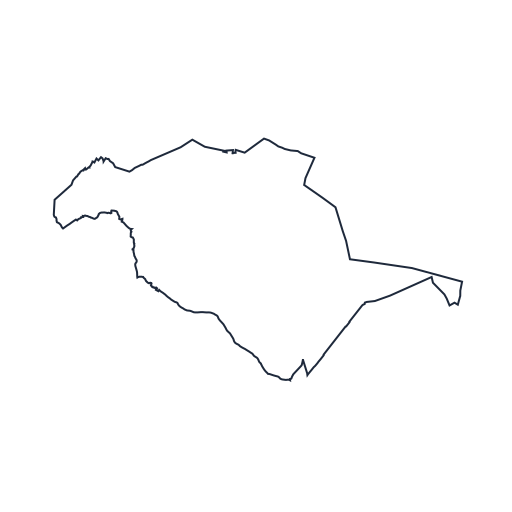 Tepetlixpa, Morelos, Mexico, rotated 100°
{"feature_id": "50627088B54138403616253", "entity_name": "Tepetlixpa", "entity_type": "district", "adm_level": 2, "iso_a3": "MEX", "parent_name": "Mexico", "parent_adm1": "Morelos", "projection": "albers", "projection_center": [-98.833, 19.014], "detail": "fine", "context": "isolated", "style": "outline", "palette": "slate", "viewbox_px": 512, "rotation_deg": 100, "n_neighbors": 0, "source": "geoboundaries", "source_scale": "gbopen_adm2", "svg_char_len": 6071}
<svg xmlns="http://www.w3.org/2000/svg" viewBox="0 0 512 512"><g transform="rotate(100 256 256)"><path d="M149.1,215.5L147.0,229.4L145.4,233.1L146.0,240.1L145.6,246.3L144.8,249.1L144.2,253.1L142.9,255.8L139.9,263.2L139.0,268.5L145.2,274.5L156.2,285.1L155.0,294.4L156.5,294.4L157.9,294.0L158.5,296.3L158.9,296.6L158.9,296.9L155.7,297.1L157.3,303.4L159.1,302.9L158.9,306.4L158.6,306.4L157.9,305.7L157.3,325.4L152.5,338.9L162.0,349.1L179.8,376.2L181.8,378.5L182.1,379.0L184.1,381.5L185.5,383.1L185.8,383.6L186.0,384.3L186.0,384.8L187.5,386.7L190.3,390.7L193.0,393.0L194.9,395.3L192.9,410.1L189.5,412.8L187.9,416.3L186.0,418.0L186.3,419.2L185.8,421.0L189.4,422.5L189.0,422.6L186.5,424.1L186.0,425.0L185.6,425.8L189.2,427.8L187.7,430.0L192.0,431.4L191.9,431.7L191.4,432.4L191.3,433.4L191.8,433.4L195.7,434.6L197.2,435.6L197.8,435.4L197.9,436.3L200.3,438.3L200.5,439.0L199.2,439.6L200.6,440.6L201.1,440.7L201.6,440.8L201.4,441.3L203.1,443.2L204.3,444.0L205.6,444.4L206.2,445.1L208.7,446.0L209.0,446.7L213.3,449.3L217.9,450.1L235.6,464.1L250.5,462.3L251.6,461.8L252.3,461.3L252.4,461.1L252.7,460.4L252.8,459.7L253.0,459.6L253.7,459.2L253.8,459.1L254.0,459.0L255.0,458.7L255.5,458.6L255.9,458.6L256.2,458.4L256.6,458.2L257.0,458.1L257.3,457.9L257.4,457.6L257.7,456.4L258.1,455.4L259.0,454.1L259.2,453.8L259.6,453.5L260.7,452.7L260.8,452.6L261.1,452.4L261.6,452.0L261.8,451.6L262.4,450.8L258.7,447.2L256.8,445.1L255.2,443.6L253.2,441.6L251.4,439.7L252.0,438.3L250.5,437.3L249.1,435.2L248.9,435.0L248.2,435.0L247.6,433.0L246.6,433.4L246.6,433.1L246.6,432.6L245.8,431.4L246.0,430.7L245.9,428.9L246.4,427.3L246.5,425.9L246.9,425.1L246.8,424.6L247.4,422.3L247.4,421.2L245.5,419.1L244.3,418.6L243.0,418.3L242.7,418.1L241.9,418.1L240.8,417.2L240.1,415.9L239.4,412.8L239.4,410.2L239.6,409.9L239.0,408.7L239.2,406.5L239.0,406.3L238.7,405.9L237.0,406.4L236.3,406.2L236.0,403.6L236.1,402.8L236.1,401.7L236.5,400.7L237.2,400.1L238.6,399.4L241.0,397.4L242.3,397.2L243.2,397.2L243.6,395.8L242.6,394.0L243.4,393.9L243.8,393.9L244.8,394.1L245.5,394.2L246.0,392.3L248.9,388.7L250.4,386.3L250.9,385.2L251.1,384.3L251.0,383.1L251.9,383.8L252.1,383.8L252.5,383.8L253.0,383.6L253.2,383.4L253.4,383.1L253.6,382.9L253.9,382.9L254.1,383.0L254.3,383.1L254.5,383.3L256.1,383.2L256.7,383.0L257.3,383.0L258.1,382.8L258.6,382.8L259.1,381.9L259.1,381.3L259.2,380.5L260.9,379.2L263.9,378.7L264.1,378.5L264.3,378.4L264.6,378.4L264.8,378.1L265.0,377.9L265.3,377.9L265.8,378.0L266.3,377.9L266.5,377.8L267.1,377.5L267.4,377.5L267.7,377.5L267.9,377.6L268.4,377.6L268.9,377.7L269.2,377.8L269.7,377.9L270.0,378.2L270.5,378.3L270.6,378.6L270.8,378.8L271.1,378.7L271.1,378.4L271.2,378.0L271.3,377.7L273.3,377.3L274.8,376.6L277.1,375.8L277.5,375.3L278.0,375.0L278.6,374.6L279.4,374.1L280.0,373.5L280.6,373.0L281.0,372.8L281.7,372.6L282.4,372.6L283.1,372.8L284.0,373.3L284.6,373.5L285.2,373.5L286.7,373.1L290.4,371.3L291.9,370.6L293.1,370.2L297.3,369.3L297.8,369.1L297.5,368.8L297.1,368.1L296.6,367.1L296.5,366.1L296.3,365.5L296.3,364.6L296.3,364.1L296.2,363.5L296.7,363.1L297.0,362.8L297.4,362.1L298.0,361.1L299.0,360.5L299.4,360.1L299.9,359.8L300.3,358.9L300.7,358.6L301.1,357.8L301.2,357.4L301.4,356.9L301.4,356.5L301.1,356.3L301.0,356.0L300.7,355.6L300.9,355.1L300.8,354.4L301.3,354.1L303.2,354.4L303.7,353.8L304.0,353.3L304.0,353.1L304.1,352.7L304.6,352.7L304.8,351.9L304.9,351.4L304.6,351.0L305.4,349.5L304.4,348.9L305.0,347.8L305.5,347.9L306.8,348.5L307.6,346.1L306.9,345.9L306.2,345.5L307.2,344.1L307.7,343.0L308.5,341.1L309.2,339.8L309.8,338.6L310.8,337.2L311.9,335.3L312.7,333.5L313.6,332.1L314.3,330.4L314.8,329.2L315.2,328.2L315.4,327.1L315.4,326.5L315.8,325.3L315.9,325.2L316.0,325.1L316.3,324.9L316.6,324.7L317.0,324.4L318.0,323.5L318.6,322.6L319.2,321.6L319.8,320.1L320.2,318.8L321.0,317.1L321.6,314.5L321.4,311.6L321.6,310.1L321.9,308.9L322.2,307.5L322.1,305.9L321.7,303.8L321.2,301.8L320.8,300.4L320.5,298.4L320.3,296.2L320.1,294.5L319.8,293.1L319.6,291.3L319.7,290.1L320.0,288.5L320.2,287.4L320.7,286.4L321.1,285.1L321.5,284.1L322.1,283.3L323.0,282.7L323.7,282.3L324.2,282.0L325.7,280.4L326.6,279.2L327.5,278.0L328.9,276.2L330.3,275.0L331.9,273.6L333.4,272.5L334.5,271.6L335.6,270.0L336.7,268.2L337.7,267.3L339.4,265.8L340.6,264.7L341.9,263.7L343.4,263.0L344.3,262.3L345.0,261.6L345.5,260.7L346.0,259.3L346.2,258.5L346.5,257.7L346.9,257.0L347.5,256.3L348.4,254.1L349.0,252.3L349.4,250.9L349.9,249.7L350.6,248.0L351.2,246.4L352.1,244.4L352.5,243.4L352.8,242.6L353.5,241.9L353.9,241.4L354.5,240.9L355.0,240.0L355.6,238.5L355.9,237.7L356.4,236.9L356.9,236.4L357.6,235.8L359.2,234.8L359.8,234.3L360.2,233.9L360.5,233.3L360.8,232.8L361.2,232.4L361.7,232.2L362.5,231.5L363.3,231.0L364.0,230.4L365.7,228.9L366.4,228.2L367.0,227.6L368.1,226.3L369.1,224.8L370.0,223.7L370.0,223.3L369.9,222.9L369.9,222.0L370.5,218.1L370.7,216.2L370.8,214.9L370.9,213.5L371.4,212.3L372.5,210.9L372.9,209.7L373.0,208.6L372.9,206.3L372.9,205.7L372.7,204.4L372.5,204.0L372.4,203.4L372.3,202.9L372.1,202.2L372.2,201.8L372.5,200.9L372.2,201.0L371.9,200.9L371.6,201.0L371.3,201.2L371.2,201.2L371.0,200.7L370.8,200.2L370.5,199.9L369.3,199.7L368.3,199.5L366.6,198.9L366.3,198.9L364.7,197.9L361.5,195.8L357.2,193.0L355.9,192.2L355.2,192.0L351.6,191.8L349.4,191.8L350.3,191.6L362.7,185.2L364.1,184.8L364.4,184.7L363.5,184.3L361.5,183.2L360.1,182.4L358.9,181.7L355.4,179.8L354.9,179.4L354.0,178.7L350.9,176.9L349.2,176.1L346.3,174.4L344.6,173.5L343.3,172.8L342.8,172.5L342.3,172.3L342.0,172.1L341.8,172.1L341.7,172.2L341.6,172.3L341.2,172.2L310.0,155.6L310.0,155.3L309.8,155.1L309.4,154.8L308.8,154.5L307.7,153.9L306.8,153.4L304.9,152.4L304.5,152.3L304.3,152.3L304.2,152.5L286.3,142.9L285.5,142.3L285.3,141.9L284.8,141.3L284.6,140.9L284.5,140.7L284.3,140.7L284.0,140.7L283.5,140.7L283.0,140.7L282.0,138.9L279.7,131.1L271.8,117.2L246.2,79.4L251.6,77.1L261.1,63.8L264.8,60.8L271.1,56.8L267.5,52.4L268.9,48.8L260.4,48.0L260.0,47.9L254.5,48.8L245.5,48.6L240.8,100.3L241.9,138.7L242.9,162.9L225.5,169.9L216.4,174.9L210.1,178.1L194.2,186.2L187.3,200.2L177.7,220.9L170.7,220.8L149.1,215.5Z" fill="none" stroke="#1e293b" stroke-width="2"/></g></svg>